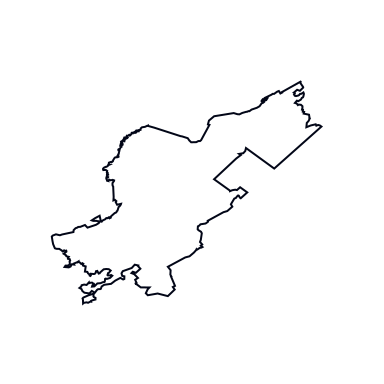 the district of Zebrenes pag., Dobele, Latvia, rotated 332°
{"feature_id": "27541924B8969780539300", "entity_name": "Zebrenes pag.", "entity_type": "district", "adm_level": 2, "iso_a3": "LVA", "parent_name": "Latvia", "parent_adm1": "Dobele", "projection": "robinson", "projection_center": [22.874, 56.594], "detail": "fine", "context": "isolated", "style": "outline", "palette": "ink", "viewbox_px": 384, "rotation_deg": 332, "n_neighbors": 0, "source": "geoboundaries", "source_scale": "gbopen_adm2", "svg_char_len": 6005}
<svg xmlns="http://www.w3.org/2000/svg" viewBox="0 0 384 384"><g transform="rotate(332 192 192)"><path d="M337.0,195.0L336.1,193.2L334.8,192.0L332.9,191.8L333.0,190.3L328.1,189.0L323.4,188.5L325.8,184.9L328.3,184.0L330.6,182.3L330.3,181.8L330.9,180.8L331.6,178.7L327.4,175.2L328.6,173.9L327.5,173.1L328.6,171.5L327.8,170.9L329.1,169.4L329.8,168.1L329.1,166.1L327.2,164.9L326.3,165.0L326.0,163.0L324.7,161.7L327.5,160.6L328.5,161.7L331.6,161.5L333.1,160.5L334.4,160.5L335.1,160.0L336.9,157.9L337.1,156.4L334.6,156.6L333.5,156.1L332.1,156.7L331.0,156.7L328.8,156.1L327.9,155.2L327.9,153.7L329.0,153.4L329.3,152.5L328.8,152.0L332.8,151.1L334.8,153.3L339.2,152.0L339.4,151.5L338.8,146.0L340.5,145.5L318.3,146.0L318.3,146.5L316.3,146.5L316.1,143.6L314.3,143.4L310.5,143.9L309.3,143.2L307.9,143.4L300.2,143.1L299.8,143.3L299.9,144.2L302.1,144.9L300.7,145.7L299.5,144.9L298.1,143.3L296.3,144.1L296.1,144.5L297.1,145.3L298.4,145.6L298.6,145.9L298.2,146.3L296.6,146.6L295.1,146.4L291.9,148.0L288.8,148.1L283.3,147.2L280.6,147.6L279.8,147.1L278.2,147.0L277.7,146.7L273.5,145.8L270.3,145.7L268.6,144.6L265.9,141.9L247.1,135.5L240.5,136.9L237.8,139.8L238.9,140.9L224.4,150.5L223.0,150.8L221.5,150.0L219.2,150.0L214.6,147.7L213.8,145.2L213.5,142.5L209.4,138.3L208.1,137.3L188.8,117.4L184.5,113.3L184.5,112.7L183.9,112.9L183.3,112.5L181.1,112.4L178.2,111.4L176.5,111.8L175.7,113.0L174.3,112.4L173.5,113.4L172.8,113.1L172.9,112.1L171.7,111.5L171.2,111.7L171.6,112.4L171.5,112.8L170.2,113.3L169.4,113.0L169.6,112.0L168.6,112.0L167.4,112.5L167.1,112.2L167.1,111.6L166.6,111.4L166.1,111.7L165.8,112.3L164.1,113.0L163.8,113.0L163.9,112.3L163.5,112.0L161.6,112.3L160.9,111.7L159.6,112.7L160.6,113.8L160.2,114.0L158.5,113.9L158.7,112.9L158.3,112.3L157.8,112.1L156.9,112.9L157.8,113.6L157.0,113.9L157.0,114.5L156.1,115.5L155.8,115.3L155.9,114.6L155.6,113.8L155.3,113.8L155.0,114.3L154.6,114.1L153.1,114.2L153.1,114.4L153.7,114.7L153.6,115.2L152.5,115.2L150.7,117.1L151.3,117.2L151.5,116.8L152.4,116.1L153.3,116.5L153.3,117.0L153.1,117.1L152.2,117.1L153.0,117.3L152.9,117.7L151.3,117.9L151.0,119.0L149.9,119.1L148.4,120.2L147.7,119.8L146.9,119.9L146.7,120.4L147.5,120.6L147.4,121.4L146.1,122.7L145.2,124.0L144.5,124.1L144.1,124.8L143.5,124.9L143.5,125.4L143.9,125.8L143.7,126.4L143.1,126.4L142.5,125.7L141.9,126.1L141.2,125.6L139.9,125.4L137.3,126.9L136.6,127.7L135.0,128.0L134.8,127.4L132.4,127.1L131.6,128.2L131.1,128.5L131.9,129.1L130.7,129.0L129.8,129.5L128.3,129.6L127.8,129.3L125.8,129.2L124.5,129.6L124.1,130.2L124.0,131.0L126.2,132.0L127.0,133.6L126.1,134.5L126.4,135.2L126.0,135.3L125.4,136.2L126.2,136.3L126.1,137.4L124.9,137.6L123.9,138.4L124.7,138.8L125.0,139.5L124.7,139.7L124.1,139.1L123.1,139.5L122.6,140.0L122.8,140.3L122.3,142.2L123.2,143.0L123.3,142.5L124.7,142.3L125.4,143.3L127.2,144.0L127.6,144.5L127.9,144.3L128.7,145.2L128.4,145.6L126.0,146.8L125.1,148.5L124.9,149.3L125.0,150.1L124.1,152.0L120.5,159.6L118.7,162.5L120.2,162.6L120.9,164.5L119.9,165.0L119.9,168.1L123.8,169.1L123.2,169.7L121.4,170.6L120.2,170.8L117.4,173.5L116.5,173.7L116.0,174.2L115.0,174.5L113.9,174.3L109.3,175.4L108.7,175.7L108.3,176.5L107.0,176.5L107.1,175.7L106.5,175.7L106.5,175.3L104.9,175.4L104.1,174.8L102.6,175.3L99.7,175.2L98.3,175.8L97.7,175.4L99.3,169.6L94.2,169.6L90.2,170.0L91.2,171.1L94.1,172.6L95.3,173.8L95.9,174.0L95.9,175.1L95.1,175.7L91.9,175.9L83.0,174.4L82.0,170.9L76.9,170.3L75.1,169.4L74.2,169.6L72.2,169.3L69.6,170.1L68.5,171.7L57.3,168.5L55.1,168.2L52.0,165.5L48.6,165.1L47.3,165.5L45.8,169.8L44.9,172.9L44.5,177.3L45.6,178.5L48.1,179.9L49.6,182.6L49.8,183.7L51.1,183.8L51.7,183.5L52.4,184.6L53.4,184.7L53.4,185.0L53.1,185.7L49.7,186.3L51.1,188.8L50.9,189.7L52.7,191.4L51.4,192.0L51.1,192.7L52.5,193.9L52.2,195.4L51.4,195.7L50.3,198.3L48.3,198.9L45.8,197.6L44.3,198.4L47.8,200.7L49.8,200.8L51.9,199.4L53.9,200.8L54.0,199.7L57.8,200.1L59.2,200.0L58.9,200.5L59.3,200.5L59.9,201.7L60.4,203.5L61.8,203.4L62.3,204.4L61.5,204.7L61.2,205.8L63.2,207.8L60.1,212.0L62.1,213.4L62.0,215.0L62.9,217.0L62.4,217.7L62.8,218.4L63.5,218.2L64.3,216.7L66.9,218.4L67.7,218.6L69.2,218.0L70.0,216.9L71.3,217.2L71.3,220.2L72.4,220.4L73.1,219.9L77.7,218.8L80.1,219.7L82.3,221.1L83.3,223.2L80.5,224.4L79.9,224.2L78.4,225.6L78.6,226.2L80.5,227.2L81.6,227.3L82.3,228.5L79.4,229.4L76.0,228.8L75.3,228.0L74.5,227.9L72.9,230.2L72.3,230.3L71.0,229.8L68.5,229.6L65.5,228.3L61.5,229.5L59.3,228.6L60.3,227.6L62.2,227.4L62.3,226.9L61.6,226.1L61.3,225.2L60.2,224.6L58.4,224.2L58.6,223.4L55.3,224.6L53.3,223.1L50.8,222.5L49.8,223.5L47.6,223.9L48.9,225.9L48.7,227.8L49.7,230.4L53.8,233.4L57.1,232.3L58.9,235.3L62.3,233.8L63.4,233.7L65.6,234.7L66.0,234.7L67.9,233.0L70.9,232.7L77.4,235.1L82.7,234.2L88.4,234.2L90.1,236.9L91.4,237.0L92.7,234.7L91.0,233.3L91.6,230.7L93.7,229.4L103.1,230.8L107.3,229.3L110.0,231.6L109.5,231.9L110.4,235.5L104.5,237.0L102.3,234.6L100.5,235.2L102.4,237.4L103.9,242.5L100.6,242.8L100.4,246.1L99.3,246.2L99.2,246.9L99.7,247.3L102.0,252.2L109.6,256.3L107.2,257.1L103.7,259.7L104.5,262.4L114.0,265.5L121.8,272.6L130.9,270.0L130.5,266.9L132.9,266.9L133.8,256.9L134.1,256.9L134.1,254.8L136.4,251.0L135.6,246.7L155.3,246.6L159.6,247.6L165.2,246.4L168.2,245.3L168.9,244.8L168.9,245.2L169.5,245.3L172.7,245.0L174.2,245.5L175.4,245.5L174.6,243.5L176.4,243.1L175.6,239.9L177.3,238.4L181.3,233.0L181.3,231.3L179.8,228.8L179.5,227.6L181.1,225.1L182.6,225.1L184.3,224.5L189.2,226.2L192.1,225.8L192.8,225.1L192.7,224.8L210.3,224.6L214.2,225.4L220.7,223.9L220.6,221.1L226.2,217.7L228.2,217.8L229.4,217.1L231.1,216.7L231.6,217.3L231.5,217.8L231.8,220.3L231.3,220.6L240.6,218.3L236.7,210.4L232.6,211.4L231.3,210.3L229.9,209.8L228.3,209.3L225.9,209.1L226.1,208.5L217.5,191.1L246.8,183.2L252.4,182.3L251.5,180.5L255.5,181.8L258.3,180.8L260.3,178.5L275.6,209.9L337.0,195.0ZM57.6,235.6L52.0,234.6L46.6,234.2L45.4,234.6L45.2,235.8L43.5,239.3L44.5,239.1L46.1,239.6L47.2,240.0L48.2,241.0L51.2,241.1L51.5,241.4L51.7,240.8L52.8,240.8L56.3,241.6L57.1,240.2L56.0,238.6L56.0,237.7L57.6,235.6Z" fill="none" stroke="#020617" stroke-width="2"/></g></svg>